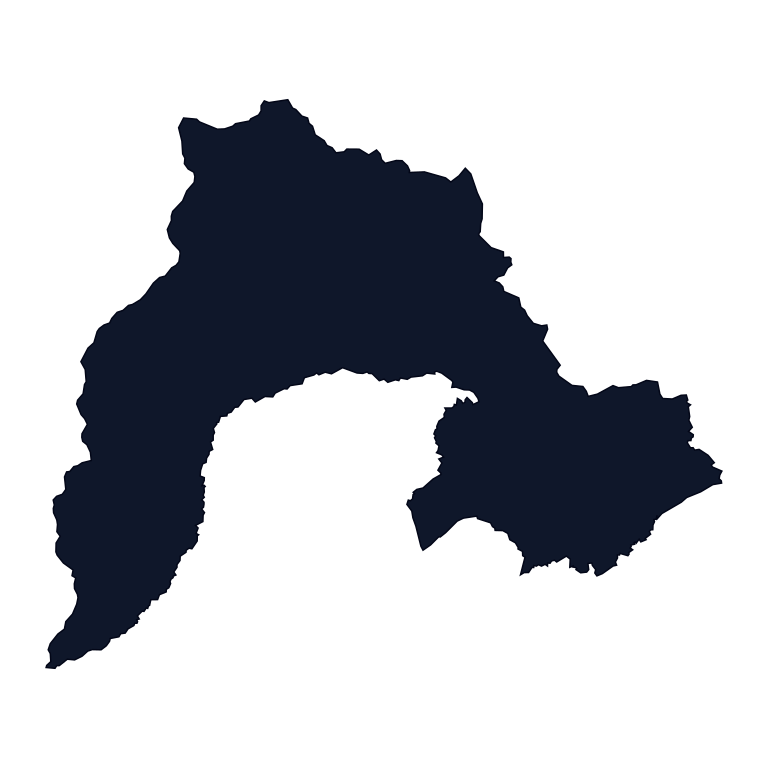 Tulnici, Vrancea, Romania
{"feature_id": "2599482B64394491062191", "entity_name": "Tulnici", "entity_type": "district", "adm_level": 2, "iso_a3": "ROU", "parent_name": "Romania", "parent_adm1": "Vrancea", "projection": "albers", "projection_center": [26.524, 45.947], "detail": "fine", "context": "isolated", "style": "filled", "palette": "ink", "viewbox_px": 768, "rotation_deg": 0, "n_neighbors": 0, "source": "geoboundaries", "source_scale": "gbopen_adm2", "svg_char_len": 6063}
<svg xmlns="http://www.w3.org/2000/svg" viewBox="0 0 768 768"><path d="M46.1,667.5L55.0,668.3L56.7,665.7L59.3,665.6L67.3,659.2L74.6,659.9L82.2,656.1L87.7,651.1L92.3,649.6L101.1,649.8L106.3,645.8L109.5,641.4L110.2,638.5L118.9,636.8L120.7,633.7L125.2,633.1L128.0,628.9L133.9,625.5L134.7,623.3L137.0,623.2L137.6,621.7L136.7,619.7L139.2,619.0L137.4,615.9L142.1,611.2L144.0,611.4L146.2,608.0L147.7,608.4L148.5,605.8L149.6,605.4L150.8,599.7L157.6,599.6L159.4,594.7L166.2,591.9L166.3,589.3L168.8,587.8L170.6,583.5L170.0,581.8L170.9,579.3L173.1,577.6L173.1,576.2L175.9,575.0L173.8,572.0L177.0,567.3L177.0,564.6L180.0,560.5L180.2,556.2L186.0,552.3L186.2,550.2L189.0,548.2L191.9,548.8L197.2,541.0L197.3,535.7L198.6,534.8L196.1,533.4L198.1,528.0L195.5,525.4L202.9,521.6L203.1,515.2L204.5,512.6L201.6,508.9L203.5,507.2L204.0,504.1L204.0,502.2L201.7,499.7L204.3,497.3L203.2,495.2L204.3,492.0L204.0,487.6L205.2,486.4L203.9,485.2L202.0,485.7L204.2,480.6L204.3,477.6L200.1,476.0L200.6,470.4L202.7,463.8L206.1,462.4L206.6,458.1L209.0,454.4L209.2,451.3L212.7,449.5L210.5,442.0L213.2,440.2L213.2,435.1L214.5,432.6L213.3,428.4L216.8,424.0L216.5,422.6L218.6,422.2L220.4,416.4L226.8,415.9L227.4,413.3L231.2,412.1L234.7,407.3L238.0,407.0L244.0,399.5L251.9,398.2L255.3,402.0L265.0,396.5L272.8,396.9L275.2,393.1L284.1,388.7L287.1,389.0L290.1,385.6L302.1,383.8L304.4,377.7L313.9,375.0L316.6,372.9L318.9,374.8L325.2,372.2L331.5,373.8L342.6,367.7L357.0,373.0L362.9,373.4L367.2,371.9L368.8,373.4L372.1,373.6L379.3,380.7L384.1,379.1L387.8,382.3L395.4,379.8L398.8,380.6L400.4,378.0L407.3,379.3L411.0,377.1L422.5,375.8L426.6,373.1L434.8,374.0L434.5,372.0L436.7,371.2L441.7,373.1L451.8,380.5L452.9,382.2L451.8,387.4L456.1,387.1L464.1,389.8L469.5,390.0L473.8,392.3L477.9,398.2L479.0,401.7L473.0,404.6L472.3,402.6L467.0,397.5L465.2,399.7L464.9,402.4L462.8,403.4L461.3,400.8L457.4,398.4L456.4,405.0L454.3,404.4L453.8,406.6L451.8,408.0L444.9,408.0L446.2,410.4L444.0,414.2L444.3,417.4L439.0,421.1L436.8,426.3L437.0,428.9L435.4,429.8L433.9,434.0L435.7,435.8L434.5,437.7L436.3,441.4L435.9,443.1L439.0,445.8L438.0,450.6L436.5,452.7L441.7,454.8L443.6,457.1L438.8,459.0L441.9,463.0L437.9,470.2L440.9,473.1L440.9,474.6L433.1,479.0L423.0,488.0L416.8,489.4L413.2,492.3L414.5,493.7L413.1,494.5L412.5,499.0L410.4,500.7L408.3,500.1L406.9,504.4L411.8,511.0L412.9,517.8L415.9,526.2L420.9,546.2L423.0,550.2L430.6,544.9L438.8,536.7L440.2,537.0L445.6,532.7L457.2,521.1L463.5,518.1L476.8,516.1L477.6,518.6L490.6,522.8L492.5,526.6L494.8,528.1L495.1,530.4L502.8,530.6L507.8,533.4L509.8,539.7L515.4,542.8L518.2,547.5L518.0,549.0L522.5,551.4L522.7,555.7L525.0,557.2L520.5,574.8L524.1,572.6L528.6,572.5L532.0,567.4L533.7,567.5L533.8,565.5L536.4,566.1L538.5,564.7L541.5,566.1L545.1,564.3L547.5,566.0L547.6,563.0L550.1,563.2L551.5,561.0L554.5,560.2L556.7,562.0L566.4,556.1L570.2,559.1L569.8,567.3L573.0,566.0L572.8,567.0L575.4,567.5L576.7,568.6L576.0,569.6L580.7,572.8L586.7,572.1L588.7,569.6L587.9,563.4L591.8,563.0L592.4,565.4L595.7,569.6L594.8,573.0L596.9,575.9L602.4,573.6L613.1,566.0L616.6,565.2L615.4,562.0L617.5,558.0L617.4,554.9L619.5,555.0L620.0,553.4L627.9,555.7L629.1,554.0L628.6,552.7L632.7,549.8L630.2,548.0L631.2,546.3L630.8,545.1L634.7,544.2L634.1,542.5L635.2,542.0L636.2,543.2L639.1,539.2L640.8,541.9L646.1,539.7L645.2,538.4L650.6,534.2L649.3,531.6L650.6,529.9L652.8,529.7L653.0,525.0L654.5,521.7L653.8,519.5L656.2,519.2L656.9,515.2L657.2,518.8L661.9,513.5L681.3,502.2L686.7,497.5L700.7,491.8L712.8,484.6L721.6,483.1L721.3,480.9L719.1,478.7L719.8,475.0L721.9,471.1L712.4,467.0L711.3,464.8L714.3,462.7L708.1,455.3L699.1,449.4L694.7,450.1L693.1,447.7L690.5,447.8L687.3,442.8L688.0,440.6L690.9,440.6L691.4,438.0L693.1,436.9L693.3,434.7L688.5,431.4L692.3,427.3L688.8,420.2L689.7,416.6L688.3,406.7L690.5,404.8L687.0,402.9L686.7,400.7L687.8,400.1L686.3,395.0L681.0,395.3L672.3,399.0L662.7,398.5L659.9,394.1L657.5,382.0L646.5,380.4L636.1,384.8L632.9,384.9L631.3,386.6L618.5,387.7L613.0,385.6L597.4,394.1L588.2,396.4L586.3,391.3L582.9,386.5L572.0,385.4L558.9,376.1L556.7,372.3L556.9,369.4L560.2,365.2L542.7,341.0L547.6,329.2L546.8,325.0L541.6,325.8L533.3,323.3L527.2,315.7L524.6,310.1L520.8,307.1L518.8,297.9L503.8,291.4L502.8,286.8L499.2,282.9L494.2,280.9L498.0,276.8L503.8,275.1L507.6,267.9L511.8,264.8L510.8,262.1L511.0,258.6L509.2,257.1L503.5,257.5L503.4,251.9L491.1,247.6L479.2,235.7L478.6,233.9L480.2,231.7L480.7,223.4L482.1,218.9L482.4,203.9L477.3,192.9L470.8,173.9L465.3,168.2L459.0,175.8L450.8,182.0L445.6,177.9L424.4,171.9L409.3,172.5L409.6,170.6L407.5,165.9L402.1,160.7L396.3,160.5L385.2,163.3L381.6,159.7L380.1,154.0L376.5,150.0L368.8,155.0L359.2,149.2L346.8,149.1L344.2,151.8L336.0,152.8L332.1,147.7L327.0,145.5L324.2,140.7L315.2,134.8L312.5,126.2L309.0,123.3L307.6,118.0L301.9,116.1L295.8,109.5L292.6,108.1L287.8,99.7L268.9,102.6L264.3,100.9L261.1,105.7L261.1,110.9L258.6,115.0L250.8,118.8L249.4,121.0L235.5,123.7L232.7,126.2L224.6,128.9L217.3,129.2L199.5,121.9L196.6,119.2L183.6,118.0L178.6,127.7L181.9,141.0L182.7,153.9L184.9,158.1L184.4,163.7L188.2,169.0L193.8,172.2L194.9,176.4L194.2,182.4L186.8,191.0L182.6,201.0L172.7,211.4L171.3,216.2L171.4,220.6L167.3,229.5L169.4,237.9L172.8,243.4L179.7,250.7L180.2,253.4L178.9,261.8L176.1,265.3L171.7,267.8L165.2,276.1L159.6,277.5L153.4,283.1L145.9,293.9L140.3,299.8L132.4,304.5L128.5,305.4L123.0,310.4L117.2,312.3L111.8,318.4L109.6,323.0L104.0,325.0L99.3,328.5L97.2,331.5L93.9,342.8L88.0,348.1L80.9,361.7L85.2,369.5L86.2,381.7L84.5,384.5L83.1,393.8L77.6,400.2L76.7,404.0L81.1,414.6L84.6,418.6L87.4,424.3L82.0,433.7L81.8,437.3L82.7,441.3L86.9,444.7L90.4,452.2L91.3,460.5L82.1,462.8L77.8,465.7L73.8,466.6L69.8,471.5L66.6,471.9L64.5,476.9L65.8,489.4L62.3,494.3L56.6,496.3L53.2,500.0L54.3,505.0L53.3,508.4L53.6,512.8L56.8,519.9L57.5,524.5L56.9,531.7L60.2,536.3L56.1,543.0L55.9,551.9L57.2,555.2L63.4,563.0L73.1,570.0L72.0,575.7L75.7,577.9L74.3,583.8L74.5,588.6L77.4,594.3L78.0,597.7L76.7,604.2L72.5,614.1L65.8,621.6L64.4,629.1L57.9,634.0L50.3,643.6L48.2,649.8L50.3,653.6L50.8,661.6L46.7,665.4L46.1,667.5Z" fill="#0f172a" stroke="#020617" stroke-width="1.5"/></svg>